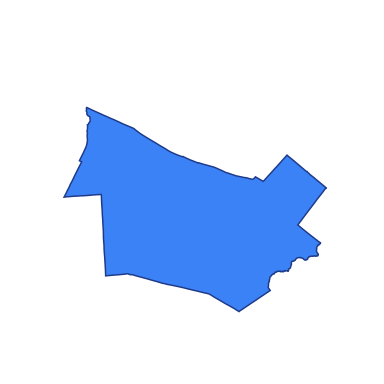 Silistea-Gumesti, Teleorman, Romania, rotated 239°
{"feature_id": "2599482B10806735805591", "entity_name": "Silistea-Gumesti", "entity_type": "district", "adm_level": 2, "iso_a3": "ROU", "parent_name": "Romania", "parent_adm1": "Teleorman", "projection": "orthographic", "projection_center": [25.013, 44.369], "detail": "fine", "context": "isolated", "style": "filled", "palette": "blue", "viewbox_px": 384, "rotation_deg": 239, "n_neighbors": 0, "source": "geoboundaries", "source_scale": "gbopen_adm2", "svg_char_len": 5629}
<svg xmlns="http://www.w3.org/2000/svg" viewBox="0 0 384 384"><g transform="rotate(239 192 192)"><path d="M174.7,292.4L170.4,278.6L169.9,277.1L169.8,276.5L169.4,274.9L168.9,273.5L167.6,269.3L167.3,268.3L166.7,266.2L164.4,258.6L167.2,257.0L172.3,254.2L171.6,251.9L171.6,251.7L171.6,251.3L171.6,250.8L171.9,250.3L172.5,249.5L173.8,248.2L174.2,247.8L175.5,246.6L176.2,245.9L177.7,244.0L179.6,242.0L180.5,241.0L183.2,238.1L183.7,237.6L184.2,237.3L184.9,236.6L187.4,234.5L189.6,232.7L190.3,232.0L190.4,231.9L190.9,231.4L191.7,230.8L195.9,228.0L197.1,227.2L197.4,226.9L199.8,225.3L200.3,224.9L201.3,224.2L202.3,223.4L202.5,223.2L203.6,222.1L209.7,216.3L210.5,215.5L213.7,212.7L213.8,212.6L213.9,212.4L213.8,212.0L213.8,211.9L214.2,211.6L214.7,211.4L215.0,211.2L220.7,206.8L225.7,203.4L227.2,202.5L227.2,202.0L227.3,201.8L227.5,201.6L231.1,198.7L234.7,196.1L237.0,194.5L239.3,193.2L243.3,191.2L246.5,189.4L249.9,187.6L253.4,185.8L259.8,182.3L266.4,178.9L266.7,178.8L268.2,178.0L270.5,177.0L270.7,176.9L271.2,176.8L271.7,176.6L273.8,175.7L275.0,175.3L275.6,175.1L276.1,175.0L276.3,174.9L279.0,173.0L285.8,168.0L294.1,162.4L297.2,160.1L301.8,156.9L302.6,156.3L306.2,153.8L307.1,153.2L311.1,150.4L313.6,148.7L317.7,146.0L318.7,145.2L317.8,144.3L317.7,144.3L317.2,144.2L316.8,144.1L316.7,144.1L316.1,143.2L315.9,143.1L314.9,143.0L314.3,142.8L312.6,141.9L311.7,142.0L311.0,142.1L309.8,142.8L309.5,143.0L309.1,143.1L308.8,143.0L308.1,142.7L306.6,142.0L306.1,141.7L305.5,141.4L305.3,141.3L305.0,140.8L304.8,140.4L304.4,139.4L304.2,139.1L304.1,138.8L303.5,138.2L303.4,137.7L303.4,136.9L303.1,136.9L302.1,136.3L301.2,135.7L300.7,135.4L299.3,134.4L299.0,134.1L298.8,134.0L298.7,133.9L298.3,133.4L298.2,133.3L297.6,133.1L296.7,132.8L296.1,132.5L295.9,132.4L295.3,131.8L295.0,131.5L294.1,131.1L293.5,130.7L292.5,130.2L290.7,129.3L289.8,128.7L289.2,128.2L288.2,127.4L286.8,126.1L285.2,124.4L285.0,124.0L283.4,121.7L281.6,119.1L280.9,118.0L276.8,111.6L274.7,113.0L270.6,106.4L267.4,101.4L266.6,100.2L265.9,99.1L263.2,95.0L262.6,94.0L261.6,92.2L261.3,91.7L260.3,90.4L259.3,88.9L258.7,88.1L257.6,86.1L256.8,85.0L256.3,84.3L255.0,82.1L254.4,81.3L254.0,80.5L253.5,79.7L253.3,80.1L253.2,80.4L252.2,82.6L251.3,84.3L250.3,86.4L248.6,89.7L247.6,91.5L246.3,94.2L245.1,96.3L243.2,99.9L240.4,105.7L239.2,108.0L238.8,109.0L238.4,109.5L238.2,109.9L236.6,113.0L230.2,109.5L221.1,104.8L219.0,103.6L214.6,101.4L210.4,99.1L205.3,96.5L204.7,96.1L204.0,95.8L203.3,95.4L198.2,92.4L193.0,89.8L191.2,88.9L188.3,87.2L183.4,84.7L181.9,84.0L170.4,78.0L164.6,74.8L160.5,83.3L158.9,86.4L155.8,93.0L155.4,93.8L155.4,94.2L155.1,94.8L154.7,95.2L154.2,95.4L153.7,95.8L153.4,96.0L152.6,97.0L152.1,97.8L152.0,98.1L152.0,98.3L150.3,99.6L140.2,109.3L136.6,112.6L133.6,115.5L128.7,119.9L128.1,120.7L127.2,121.7L126.9,121.9L125.9,122.8L124.4,124.5L122.9,126.2L120.8,128.5L116.4,133.2L106.7,143.0L105.1,144.7L100.0,149.8L96.1,153.9L95.7,154.2L95.1,154.5L93.7,155.3L90.8,156.7L87.4,158.6L78.6,163.4L76.3,164.8L71.0,167.8L65.3,170.7L65.4,171.1L67.3,208.3L71.0,208.1L71.8,208.9L72.3,209.3L73.3,209.9L74.1,210.4L74.7,211.0L75.0,211.4L75.3,211.6L75.4,211.9L75.6,212.0L75.7,212.3L75.8,212.5L76.4,212.7L76.7,213.0L77.3,213.6L77.4,213.9L78.3,214.4L78.7,214.9L79.0,215.2L79.0,215.7L79.4,216.7L79.4,217.0L79.6,217.2L79.8,217.9L79.9,218.1L79.8,218.4L80.0,218.8L79.9,219.2L79.8,219.3L79.8,219.7L79.6,220.1L79.5,220.3L79.9,220.6L79.9,220.8L79.9,221.0L80.4,221.7L80.5,221.8L80.5,222.0L80.2,222.2L80.2,222.4L80.0,222.6L79.9,223.2L79.9,223.4L80.0,223.6L80.2,224.1L80.2,224.3L79.9,224.5L79.7,224.7L79.5,225.2L79.3,225.6L79.2,225.6L79.1,225.8L79.2,226.0L78.9,226.7L78.8,226.8L78.4,226.7L77.7,227.2L77.7,227.3L77.9,227.6L77.8,228.0L77.6,228.3L77.5,228.5L77.3,228.6L77.2,228.7L77.1,228.9L76.8,229.0L76.7,229.0L76.8,229.4L77.0,229.6L77.0,229.8L76.9,229.9L76.6,230.1L76.8,230.7L76.8,230.9L76.7,230.9L76.4,231.0L76.2,231.1L76.2,231.6L75.9,232.4L75.7,232.7L75.4,233.0L75.3,233.3L75.2,233.4L74.7,233.3L74.6,233.5L74.6,233.8L75.0,234.0L75.3,234.7L76.2,235.1L76.2,235.3L76.2,235.6L76.1,236.7L76.2,237.0L76.8,237.8L77.7,238.7L78.8,240.0L79.1,240.0L79.3,240.0L79.8,240.6L80.0,240.8L80.6,241.0L81.0,241.6L80.9,241.8L81.0,242.3L80.9,242.6L80.7,242.9L80.3,243.7L80.3,243.9L80.6,244.1L80.7,244.4L80.7,244.8L80.6,245.0L80.4,245.2L80.4,245.4L80.7,245.8L80.9,246.3L81.1,246.7L81.3,247.5L81.3,248.3L81.1,248.6L80.9,249.5L80.8,249.9L80.5,250.4L80.2,250.9L79.9,251.0L79.7,251.1L79.3,251.8L78.5,252.4L78.3,252.7L78.0,252.9L77.6,253.0L76.3,253.3L75.9,253.5L75.4,253.8L75.2,254.0L75.2,254.7L75.1,254.9L74.8,255.2L74.8,255.4L74.9,255.9L75.0,256.0L74.9,256.4L75.0,256.5L75.4,256.7L75.6,257.1L75.8,257.7L75.9,258.3L76.2,258.9L76.2,259.2L76.0,259.5L75.8,260.6L75.6,261.1L75.3,261.5L75.2,261.9L74.9,262.2L74.6,262.7L74.4,263.3L74.3,264.0L74.1,264.2L73.8,264.5L73.5,264.6L73.3,264.8L73.1,265.6L72.9,265.8L72.8,266.0L72.9,266.3L73.1,266.6L73.0,266.8L72.9,267.0L72.6,267.1L73.1,267.9L73.3,268.0L73.5,268.1L74.8,268.2L75.8,267.9L76.1,268.0L76.5,268.2L77.1,268.2L77.6,268.5L78.5,269.1L79.0,269.7L80.0,270.0L80.4,270.5L80.6,270.8L81.0,271.6L81.1,272.1L81.5,272.3L81.5,272.5L81.4,273.0L81.8,273.3L81.7,273.4L81.5,273.6L81.3,274.1L81.4,274.4L81.8,275.5L82.1,275.9L82.3,276.0L82.6,275.8L85.0,274.7L94.7,271.0L98.4,269.6L103.0,267.9L109.3,265.7L110.0,267.6L110.6,269.1L114.2,277.8L118.0,287.4L120.6,293.9L120.9,294.4L121.2,295.2L124.3,303.4L126.2,308.1L126.3,308.7L126.3,309.0L126.2,309.1L126.3,309.2L141.2,304.0L142.2,303.7L142.9,303.4L146.3,302.1L147.6,301.8L149.6,301.2L149.8,301.2L150.0,301.3L150.3,301.2L150.4,300.8L150.5,300.7L159.1,297.8L166.8,295.2L171.8,293.4L174.7,292.4Z" fill="#3b82f6" stroke="#1e3a8a" stroke-width="1.5"/></g></svg>